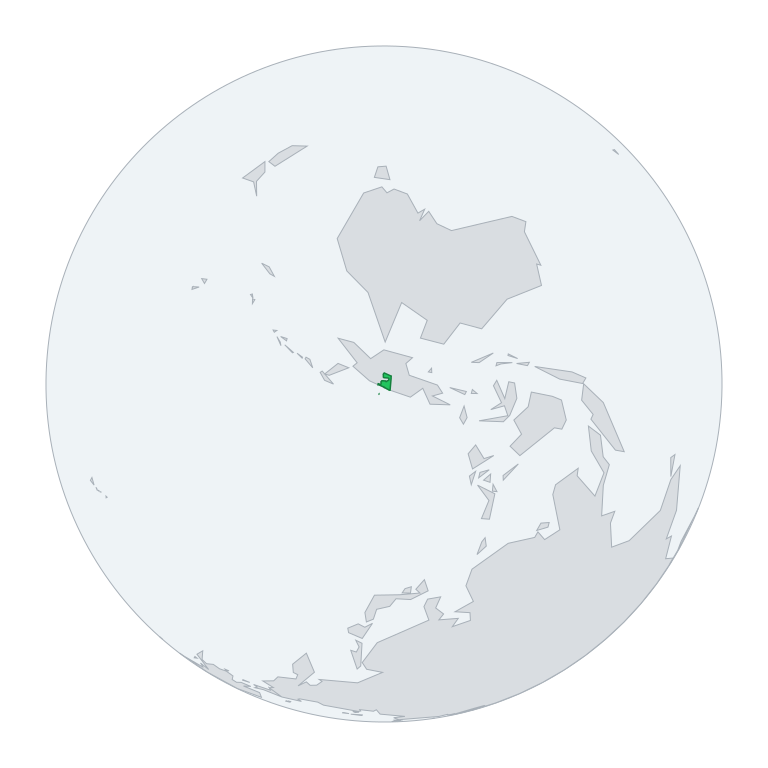 the Earth from above Sandaun, rotated 185°
{"feature_id": "PNG-1241", "entity_name": "Sandaun", "entity_type": "Province", "adm_level": 1, "iso_a3": "PNG", "parent_name": "Papua New Guinea", "parent_adm1": "", "projection": "orthographic", "projection_center": [142.09, -3.55], "detail": "fine", "context": "on_globe", "style": "filled", "palette": "green", "viewbox_px": 768, "rotation_deg": 185, "n_neighbors": 0, "source": "natural_earth", "source_scale": "10m", "svg_char_len": 7590}
<svg xmlns="http://www.w3.org/2000/svg" viewBox="0 0 768 768"><g transform="rotate(185 384 384)"><circle cx="384" cy="384" r="338" fill="#eef3f6" stroke="#a8b0b8"/><path d="M583.5,461.5L583.4,464.0L583.0,464.3L583.5,461.5ZM564.1,98.1L561.4,96.4L539.3,86.0L542.5,90.1L533.8,84.3L546.8,98.5L541.3,102.4L541.2,93.7L536.4,89.9L529.6,89.8L523.1,86.0L516.1,84.2L509.0,80.0L509.5,76.4L504.9,74.0L500.3,74.3L490.3,71.1L497.7,70.9L481.0,65.7L478.8,61.2L503.3,67.8L534.4,81.4L564.1,98.1ZM666.8,265.4L664.0,258.0L668.1,262.4L666.8,265.4ZM660.7,253.7L662.0,256.1L660.6,254.1L660.7,253.7ZM658.6,252.4L660.1,253.3L658.6,253.0L658.6,252.4ZM656.0,251.6L657.3,251.7L657.3,252.0L656.0,251.6ZM651.2,248.1L649.9,247.1L650.9,246.4L651.2,248.1ZM585.7,112.9L582.5,110.5L582.2,110.3L585.7,112.9ZM546.3,94.6L549.2,94.7L548.6,96.1L546.3,94.6ZM516.4,84.7L517.6,86.1L513.4,84.7L516.4,84.7ZM498.8,77.2L491.7,75.0L499.0,76.6L498.8,77.2ZM487.7,73.3L470.5,69.1L471.8,71.4L458.5,63.3L477.5,69.0L486.2,70.2L484.0,71.1L487.7,73.3ZM453.9,60.0L449.9,58.8L454.2,59.5L453.9,60.0ZM268.0,66.6L263.1,68.9L266.2,67.7L269.4,66.3L277.7,63.3L290.2,59.5L287.5,60.6L282.6,62.1L268.4,67.6L255.8,72.4L256.0,72.5L266.2,68.7L283.6,61.9L291.9,59.4L284.5,62.0L287.8,60.8L291.1,60.0L291.8,60.5L300.3,57.6L339.9,50.9L345.3,52.4L334.2,54.7L359.1,54.8L363.2,58.8L366.0,57.1L379.8,57.5L378.8,56.2L381.2,55.6L416.2,58.8L422.3,61.3L440.7,63.0L442.2,62.5L438.6,60.6L458.5,63.3L471.8,71.4L467.8,72.0L478.8,77.6L468.0,78.7L464.2,83.0L446.0,82.5L444.6,86.9L449.2,88.7L450.6,96.9L437.9,109.1L428.2,90.8L443.3,75.8L435.4,80.5L431.3,77.4L424.8,78.1L419.8,82.3L422.8,84.0L384.3,84.0L360.3,96.6L376.4,98.3L381.4,104.6L368.2,125.7L318.7,152.7L324.8,165.7L321.8,173.5L309.0,176.9L313.0,165.4L304.6,160.1L308.8,153.8L289.6,157.0L294.8,148.2L277.3,156.0L278.4,163.7L293.4,163.3L276.0,175.2L284.8,190.1L280.2,207.2L246.4,236.1L220.5,244.3L217.8,250.1L210.4,243.0L196.1,254.1L206.2,288.6L204.3,298.6L183.2,317.0L183.6,309.4L164.1,290.7L157.1,314.7L171.7,335.4L176.7,359.9L163.9,351.9L159.3,330.6L152.5,323.3L156.7,302.2L155.7,271.6L143.0,277.3L146.3,265.2L143.0,241.3L126.1,249.3L97.7,282.1L89.9,313.8L81.8,328.4L81.6,283.7L89.3,254.3L84.4,257.6L88.2,234.5L80.9,235.8L84.2,228.7L81.9,232.8L82.7,231.1L95.0,208.9L108.9,187.7L124.4,167.6L141.4,148.8L159.7,131.2L179.3,115.1L200.1,100.5L221.9,87.5L244.6,76.2L268.0,66.6ZM75.7,245.7L75.8,245.5L82.2,232.7L76.9,243.9L74.2,253.4L61.7,283.0L60.0,288.1L75.7,245.7ZM170.2,633.1L176.4,637.0L174.9,637.6L170.2,633.1ZM253.1,421.0L263.0,423.2L262.8,424.8L253.1,421.0ZM242.7,414.8L253.7,416.0L241.1,418.3L242.7,414.8ZM258.0,416.5L269.2,414.2L274.0,411.9L273.4,415.2L258.0,416.5ZM235.4,414.6L197.7,412.4L183.4,407.6L186.2,401.8L209.4,404.2L235.4,414.6ZM185.1,401.6L163.9,384.6L138.8,337.5L147.7,338.3L174.8,367.0L173.0,371.9L185.7,385.1L185.1,401.6ZM238.4,373.9L236.5,388.8L215.2,386.4L205.8,383.5L199.3,364.0L202.9,354.5L210.4,355.2L242.4,324.5L253.0,333.0L242.6,346.0L251.5,359.4L238.4,373.9ZM90.2,316.8L91.9,335.7L88.0,339.1L90.2,316.8ZM257.4,303.2L243.2,316.1L256.8,298.6L257.4,303.2ZM266.7,286.7L266.6,293.6L262.1,286.6L266.7,286.7ZM215.5,259.1L207.4,260.4L208.2,255.7L219.1,251.4L215.5,259.1ZM276.5,222.2L272.8,235.3L269.9,239.7L268.0,231.4L276.5,222.2ZM305.6,55.3L306.7,55.0L304.5,55.6L305.6,55.3ZM336.1,51.0L343.8,49.6L344.5,50.0L342.8,50.3L336.1,51.0ZM338.0,50.3L340.0,49.3L346.9,48.4L344.0,49.3L338.0,50.3ZM511.6,591.4L518.1,595.5L509.5,604.7L496.3,613.4L481.3,614.3L511.6,591.4ZM400.9,601.2L395.9,588.1L411.6,589.0L409.0,599.8L400.9,601.2ZM521.1,584.8L528.7,574.8L527.2,560.0L531.5,574.0L542.8,576.9L522.0,595.2L521.1,584.8ZM330.2,542.7L271.2,562.1L256.8,558.1L257.4,547.9L238.1,516.0L242.4,516.8L235.7,495.9L268.8,479.2L291.5,447.5L313.5,451.4L327.9,428.9L351.7,432.9L346.5,451.2L373.5,466.7L386.5,425.9L407.9,473.8L430.9,493.4L443.3,524.8L420.9,572.5L403.3,580.2L397.7,574.7L391.0,579.1L377.3,575.3L365.1,557.2L358.7,561.7L362.8,549.7L354.5,559.9L345.3,548.3L330.2,542.7ZM502.6,481.7L507.3,483.8L516.4,493.7L508.6,490.7L502.6,481.7ZM571.6,468.5L574.8,473.1L569.5,472.9L571.6,468.5ZM583.0,464.3L576.6,464.5L583.5,461.5L583.0,464.3ZM522.0,458.1L524.8,461.5L523.0,462.2L522.0,458.1ZM520.0,456.8L522.1,452.6L522.4,457.3L520.0,456.8ZM495.4,428.0L497.8,426.0L499.2,428.1L495.4,428.0ZM277.8,424.4L291.1,413.6L298.9,413.2L277.8,424.4ZM491.1,422.3L484.5,420.8L484.9,418.5L491.1,422.3ZM491.0,416.7L490.0,413.2L494.8,421.9L491.0,416.7ZM477.9,407.1L486.3,414.4L477.0,407.6L477.9,407.1ZM473.3,407.1L467.5,403.6L467.8,402.6L473.3,407.1ZM412.6,402.8L433.7,425.6L417.7,422.8L399.5,408.1L387.1,418.0L357.9,412.7L364.0,406.3L359.6,394.9L330.7,387.6L324.8,380.0L334.7,376.3L316.2,369.0L336.4,367.9L345.0,383.1L356.6,373.2L377.6,378.4L398.7,385.9L416.5,399.0L412.6,402.8ZM337.4,399.5L340.9,399.9L338.0,403.9L337.4,399.5ZM456.4,393.9L464.8,402.2L464.0,403.9L460.0,402.1L456.4,393.9ZM420.5,397.1L439.3,387.9L444.0,388.8L431.6,400.5L420.5,397.1ZM434.3,379.5L443.5,382.5L448.6,390.0L446.7,391.5L434.3,379.5ZM296.2,382.2L295.5,386.2L290.4,382.6L296.2,382.2ZM302.6,380.5L318.2,386.2L301.3,383.7L302.6,380.5ZM257.9,363.2L262.1,372.8L275.4,367.8L265.3,375.6L274.8,391.8L272.0,397.5L262.4,380.0L259.9,397.1L254.0,396.4L250.4,381.3L256.0,363.7L261.8,356.8L286.1,355.6L257.9,363.2ZM302.3,369.0L298.3,357.8L301.4,350.9L305.7,357.0L302.3,369.0ZM287.4,331.3L277.9,318.4L268.4,322.3L288.4,307.1L294.1,321.8L287.4,331.3ZM280.7,304.3L271.7,307.7L281.5,298.8L280.7,304.3ZM269.9,303.6L269.8,295.3L276.4,296.9L269.9,303.6ZM285.1,305.0L288.3,291.3L290.9,299.7L285.1,305.0ZM269.3,277.1L282.0,291.4L264.0,284.3L267.2,258.5L275.2,258.4L269.3,277.1ZM339.1,184.4L339.4,178.0L347.7,177.5L345.2,182.0L339.1,184.4ZM375.1,172.8L350.0,175.4L330.0,178.9L334.4,182.3L326.7,192.6L322.0,181.8L338.7,171.6L353.3,171.1L358.9,163.0L371.7,158.9L374.1,148.8L380.8,145.4L383.1,154.7L375.1,172.8ZM374.6,144.6L383.5,128.6L397.6,133.2L398.8,137.6L388.8,142.8L381.9,140.0L374.6,144.6ZM389.8,126.3L383.3,123.8L382.6,101.1L385.9,97.7L393.9,115.8L388.2,114.6L385.9,119.9L389.8,126.3ZM449.3,59.5L449.8,58.9L452.2,60.0L449.3,59.5ZM380.2,54.9L384.0,54.2L386.6,55.1L380.2,54.9ZM395.6,53.2L390.1,52.6L397.1,52.8L395.6,53.2ZM377.5,51.8L388.4,52.2L376.3,52.5L377.5,51.8Z" fill="#d9dde1" stroke="#a8b0b8" stroke-width="1"/><path d="M377.5,392.5L377.5,391.2L377.4,390.2L377.4,387.7L377.4,386.7L377.4,385.5L377.4,384.2L377.4,382.2L377.4,380.8L377.4,379.6L377.4,378.6L377.4,378.4L377.5,378.4L377.6,378.5L377.8,378.3L378.1,378.4L378.3,378.4L378.5,378.5L378.8,378.5L379.0,378.6L379.3,378.8L379.6,379.0L379.8,379.1L381.0,379.5L382.3,380.2L382.5,380.2L382.5,380.3L382.8,380.5L383.1,380.5L383.5,380.5L383.9,380.8L383.8,381.0L384.0,381.1L384.3,381.1L384.5,381.2L384.7,381.3L384.8,381.3L385.1,381.4L385.8,381.6L386.4,381.9L387.1,382.1L388.3,382.5L388.6,382.6L388.8,382.6L389.1,382.7L389.5,382.9L389.9,382.8L389.8,383.6L389.8,383.8L389.7,383.8L389.3,383.8L388.3,383.4L388.1,383.2L387.9,383.2L387.6,383.3L387.4,383.4L387.2,383.5L387.0,383.9L387.0,384.0L387.0,384.5L387.0,385.0L387.1,385.3L387.2,385.5L387.2,385.9L387.1,386.1L386.9,386.2L386.8,386.3L386.6,386.6L386.6,386.8L386.5,387.0L386.2,387.1L382.6,387.2L382.4,387.1L382.2,387.2L382.3,387.1L382.3,386.9L382.2,386.9L382.1,386.7L382.0,386.8L381.9,386.7L381.8,386.8L379.7,388.2L379.6,388.4L379.6,388.6L379.6,389.6L379.6,389.9L379.8,390.1L380.1,390.2L380.5,390.3L384.6,390.3L385.2,390.7L385.4,392.4L385.4,392.9L385.4,393.2L385.5,393.4L385.6,393.5L385.5,393.8L385.4,394.1L385.2,394.5L384.9,394.8L384.7,395.0L377.6,392.5L377.5,392.5ZM388.3,373.3L388.3,373.2L388.5,373.1L388.4,373.2L388.3,373.3Z" fill="#22c55e" stroke="#15803d" stroke-width="1.5"/></g></svg>